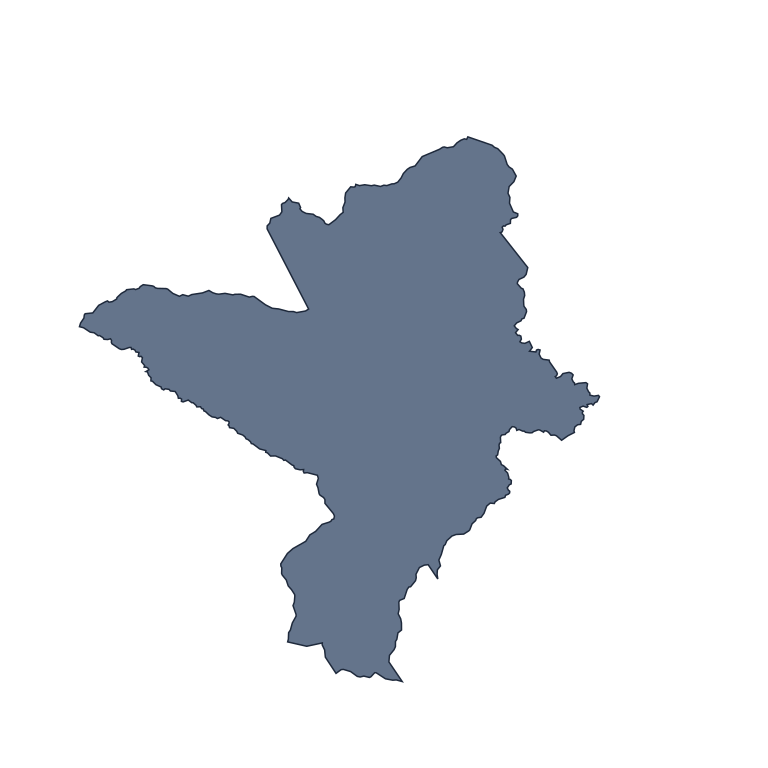 Camapuã, Mato Grosso do Sul, Brazil, rotated 141°
{"feature_id": "56859067B86887033099940", "entity_name": "Camapuã", "entity_type": "district", "adm_level": 2, "iso_a3": "BRA", "parent_name": "Brazil", "parent_adm1": "Mato Grosso do Sul", "projection": "natural_earth1", "projection_center": [-53.845, -19.324], "detail": "fine", "context": "isolated", "style": "filled", "palette": "slate", "viewbox_px": 768, "rotation_deg": 141, "n_neighbors": 0, "source": "geoboundaries", "source_scale": "gbopen_adm2", "svg_char_len": 6171}
<svg xmlns="http://www.w3.org/2000/svg" viewBox="0 0 768 768"><g transform="rotate(141 384 384)"><path d="M558.9,518.0L557.1,518.0L554.4,515.1L554.4,513.0L551.0,509.6L551.6,504.7L552.8,502.3L551.4,501.3L550.8,499.7L552.4,498.0L551.4,496.5L546.2,494.7L545.2,490.5L544.1,489.5L543.5,485.7L543.9,484.0L540.9,481.8L541.2,479.7L540.2,478.3L540.9,476.3L540.1,475.1L539.5,470.3L538.3,466.6L535.9,464.0L535.2,462.0L531.9,460.9L530.2,455.2L528.6,453.7L528.2,452.1L529.2,450.9L530.9,450.3L530.8,448.8L531.5,447.3L528.6,444.0L528.2,439.9L528.7,437.8L525.9,433.3L525.3,430.4L525.7,428.2L524.6,426.2L524.1,423.1L524.6,421.2L523.5,419.8L521.5,411.8L517.7,406.6L518.9,405.4L517.9,403.8L517.5,399.4L513.6,396.4L510.0,389.9L509.9,387.7L508.4,386.9L506.4,378.8L505.5,377.4L506.2,376.0L506.2,373.9L503.2,370.1L500.3,368.1L501.7,366.9L502.1,365.1L499.4,363.4L493.2,355.0L494.4,352.0L499.5,348.6L500.6,344.9L503.5,339.5L503.7,338.0L502.4,333.8L502.6,331.4L505.0,328.4L504.9,315.1L505.6,312.6L507.9,310.7L509.8,311.4L511.5,310.8L513.4,311.1L520.5,313.9L529.9,312.5L536.6,313.4L543.8,311.0L558.3,313.4L565.7,313.1L577.4,309.2L578.7,307.4L579.1,305.5L582.8,301.2L583.3,299.6L583.3,293.2L585.5,287.4L585.3,282.4L585.9,276.8L586.6,275.5L591.0,270.9L594.2,269.0L597.3,260.4L598.4,258.9L605.6,256.0L611.6,251.7L614.6,250.8L618.9,245.9L621.2,244.2L609.1,228.8L594.9,221.6L596.2,220.2L597.5,214.7L601.5,208.6L603.4,189.3L597.1,189.0L595.2,187.8L590.9,181.5L588.8,173.6L586.9,171.3L583.5,169.7L580.0,165.1L578.4,164.7L572.9,165.5L571.8,164.5L568.4,154.0L563.6,148.3L560.7,146.3L557.1,141.3L555.1,164.9L550.5,169.7L543.4,171.2L540.4,172.7L537.1,176.7L534.7,177.5L529.8,181.8L525.2,181.8L520.8,187.3L518.8,191.0L517.6,196.5L514.1,199.3L509.7,205.2L508.0,206.0L503.3,204.6L495.2,209.8L492.4,210.6L490.9,209.7L483.3,211.3L480.9,213.1L478.9,216.0L472.0,219.1L466.7,217.9L463.4,215.8L464.9,198.6L462.5,202.7L459.4,206.0L454.6,207.1L452.1,212.7L446.8,215.4L439.3,220.7L437.5,220.7L433.8,222.7L426.9,223.1L422.7,221.7L416.5,217.2L410.6,216.5L409.1,216.7L403.6,219.9L398.7,220.2L397.3,221.1L395.6,221.2L392.4,219.3L387.6,220.6L381.0,224.5L376.4,224.6L373.5,221.7L371.8,222.5L367.7,222.3L361.4,219.8L359.6,221.0L356.6,220.1L354.9,220.3L353.8,221.5L354.1,223.4L353.6,225.7L350.0,226.8L348.1,226.3L345.8,228.8L345.9,230.3L346.9,231.8L345.8,232.8L344.0,237.0L344.3,240.9L342.9,241.5L341.8,240.1L342.5,245.2L343.5,247.5L342.2,250.6L343.0,256.0L342.2,257.5L340.3,257.4L337.3,260.1L334.9,261.3L333.0,264.2L331.5,265.2L330.2,265.0L327.1,269.3L325.9,270.0L324.4,270.2L321.6,268.5L320.1,268.9L316.8,268.4L315.2,269.6L311.2,270.2L309.6,268.5L309.1,266.5L310.0,264.4L307.7,263.7L305.9,260.1L304.7,259.1L304.4,257.4L301.5,254.3L299.6,252.9L297.6,252.9L292.9,251.3L291.9,250.2L290.3,246.1L288.8,246.7L287.3,245.2L286.6,243.0L286.5,239.1L283.7,237.1L282.6,235.4L281.4,228.5L273.5,228.0L266.5,226.5L265.8,228.1L262.8,230.5L259.2,230.5L256.6,228.9L254.2,230.8L251.0,230.9L248.4,233.8L248.5,236.0L247.6,237.2L246.3,237.5L247.4,241.0L246.6,242.5L243.2,241.5L241.1,238.2L239.7,238.2L239.1,240.2L235.1,238.2L234.8,236.0L231.8,236.8L229.6,236.1L224.5,238.5L224.5,240.2L228.4,242.4L231.0,245.8L229.7,247.4L229.9,249.2L229.0,253.1L225.7,256.0L226.2,258.0L232.5,262.2L236.2,263.5L235.3,264.9L235.6,266.4L234.8,269.8L231.3,272.0L231.5,274.4L232.8,276.6L238.4,279.5L242.1,278.7L246.4,280.0L246.3,282.0L244.8,281.8L242.9,282.8L242.3,284.5L241.4,297.0L240.6,298.6L244.8,303.0L245.6,305.4L244.6,309.6L241.3,312.2L242.5,313.9L244.1,314.4L245.8,313.3L250.3,317.9L245.8,319.0L244.2,325.7L248.9,326.9L251.1,329.2L251.8,331.3L249.0,332.4L247.5,335.1L248.3,336.9L249.5,337.6L249.5,341.1L245.5,341.9L246.2,343.8L246.2,347.2L242.5,348.0L237.8,346.9L235.8,347.8L233.8,347.0L227.7,350.5L226.5,352.4L226.3,356.3L225.4,357.8L222.2,362.1L219.0,364.2L217.1,367.1L216.1,370.6L217.0,371.9L217.3,378.0L216.1,379.2L213.3,380.3L208.0,379.0L204.6,379.7L199.0,384.0L198.4,428.5L197.0,427.9L195.8,428.3L194.2,429.3L193.5,431.5L191.7,431.7L190.6,430.5L188.8,430.8L184.7,429.3L182.2,432.1L180.6,432.3L176.1,430.1L174.2,430.5L172.9,432.1L175.2,436.3L172.7,445.5L168.7,449.8L167.6,454.2L162.5,458.7L155.7,459.5L150.4,462.4L149.0,470.2L150.2,474.0L150.1,477.1L146.9,485.4L146.8,487.3L147.5,495.3L149.2,498.4L149.7,501.5L163.3,523.3L165.8,522.1L167.3,524.0L170.9,525.1L175.3,525.5L180.7,524.7L186.2,527.8L188.0,530.3L189.5,531.1L193.1,531.5L211.2,536.7L222.6,533.9L227.5,535.9L230.8,536.2L236.5,535.4L240.9,533.4L246.3,532.2L250.1,533.2L252.0,534.6L256.9,536.4L259.0,538.6L262.4,539.7L266.4,544.7L269.0,546.0L273.6,551.0L278.2,553.6L280.3,556.9L282.1,555.5L283.4,555.9L285.8,558.2L293.6,556.6L297.2,553.3L299.8,549.9L305.0,546.9L307.7,543.1L311.5,543.2L318.2,542.2L326.6,542.5L328.2,544.4L328.7,546.4L328.1,548.6L328.4,550.6L329.3,554.1L331.3,557.0L332.2,560.5L337.2,565.6L339.0,569.6L339.1,573.1L337.8,573.6L336.5,578.2L340.8,583.3L341.0,588.6L342.3,587.8L346.7,587.3L349.3,588.2L350.8,587.9L355.0,582.1L358.9,581.0L367.7,583.9L371.5,580.9L375.3,580.4L377.2,578.1L395.4,489.7L399.0,490.1L407.0,494.5L408.8,497.3L412.6,500.4L418.6,508.6L423.2,513.2L426.3,520.2L429.9,533.8L431.2,535.0L434.0,536.3L438.9,544.0L443.5,547.6L445.3,548.3L450.5,554.5L455.9,557.8L457.7,559.7L459.7,562.8L461.2,566.9L467.7,569.0L477.1,574.5L480.8,575.4L484.2,580.1L487.8,580.9L491.1,587.3L492.4,593.9L493.3,595.3L499.9,600.9L501.2,602.7L501.5,604.8L502.5,606.3L508.6,612.7L512.2,613.1L514.0,612.5L517.6,613.7L518.5,615.3L524.7,619.3L526.2,618.9L531.1,619.7L535.3,619.4L537.2,619.2L538.2,618.3L543.3,619.0L546.2,620.6L546.6,622.6L548.9,623.3L556.2,624.7L565.6,622.5L572.0,626.7L573.4,626.3L575.7,624.1L581.5,622.3L584.6,620.2L582.1,616.8L579.7,609.2L577.0,606.2L575.8,601.4L574.5,600.6L573.2,596.7L573.5,595.0L570.7,592.4L568.1,591.3L568.3,589.3L569.6,588.1L570.1,586.5L567.5,577.9L566.3,576.0L564.2,574.6L559.0,572.7L557.6,571.6L558.4,569.8L557.0,569.1L556.2,566.9L556.7,565.1L554.6,562.7L557.4,560.4L556.6,558.9L555.4,558.5L555.2,556.5L558.5,553.7L558.4,549.0L559.8,548.1L558.1,546.5L557.5,544.9L557.8,543.0L561.2,543.5L560.2,542.3L561.4,538.9L561.1,535.5L563.2,533.1L562.2,531.8L561.7,527.0L559.1,521.9L559.9,520.4L558.9,518.0Z" fill="#64748b" stroke="#1e293b" stroke-width="1.5"/></g></svg>